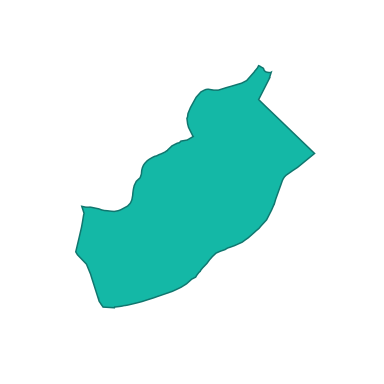 the district of Lower Fuladu West, Central River, Gambia, rotated 297°
{"feature_id": "56634734B90495316975710", "entity_name": "Lower Fuladu West", "entity_type": "district", "adm_level": 2, "iso_a3": "GMB", "parent_name": "Gambia", "parent_adm1": "Central River", "projection": "robinson", "projection_center": [-14.908, 13.525], "detail": "fine", "context": "isolated", "style": "filled", "palette": "teal", "viewbox_px": 384, "rotation_deg": 297, "n_neighbors": 0, "source": "geoboundaries", "source_scale": "gbopen_adm2", "svg_char_len": 2630}
<svg xmlns="http://www.w3.org/2000/svg" viewBox="0 0 384 384"><g transform="rotate(297 192 192)"><path d="M290.9,159.7L289.7,157.9L288.3,156.7L285.2,154.5L278.3,152.7L272.7,152.5L266.6,152.3L260.1,152.8L256.7,154.0L255.4,154.0L250.8,157.1L248.0,159.6L242.3,167.3L242.0,167.9L236.1,164.1L232.3,159.0L231.3,158.7L230.2,158.4L228.8,156.7L224.2,153.3L218.6,151.3L217.6,151.2L217.2,150.7L215.5,149.9L215.1,149.6L212.1,147.3L210.4,145.7L207.9,143.9L207.1,142.8L205.6,141.6L204.9,141.1L202.0,139.2L199.5,137.9L196.0,136.9L194.5,136.7L193.9,136.6L191.0,136.8L188.4,137.4L185.9,138.4L185.5,138.6L184.8,138.8L181.2,139.3L180.8,139.2L179.0,138.5L176.2,137.5L171.5,137.6L171.2,137.7L169.0,138.2L167.0,138.8L164.2,139.8L162.0,140.7L158.0,141.9L156.3,142.1L155.3,142.1L153.7,142.1L152.9,141.8L150.2,141.0L143.7,136.5L141.8,134.7L139.4,131.6L138.5,129.5L137.8,127.7L136.8,124.9L135.7,122.3L135.0,119.5L134.7,116.7L133.6,112.7L132.9,110.1L132.4,108.4L131.0,105.8L130.2,104.1L129.2,100.3L124.0,105.5L122.2,105.9L114.7,108.3L110.3,109.6L101.5,111.8L87.9,115.1L85.9,115.6L84.1,118.4L82.9,121.8L79.8,130.7L78.8,131.9L75.1,136.2L72.7,139.0L71.1,140.5L63.0,148.5L62.3,149.2L54.3,157.1L54.5,157.2L53.7,157.7L52.4,159.0L51.1,161.4L50.9,161.6L49.8,163.7L49.4,164.5L49.1,164.9L49.1,165.0L53.6,175.4L54.3,175.2L56.1,177.9L57.5,180.0L59.0,182.0L59.7,182.7L60.6,184.1L62.1,186.1L68.4,193.5L71.8,197.3L75.2,200.7L80.2,205.8L83.4,208.8L84.1,209.5L94.7,219.7L98.0,222.3L102.2,225.5L107.7,228.8L114.2,231.3L117.8,233.9L119.8,234.0L121.6,234.3L123.6,234.7L125.0,235.3L126.4,235.3L129.2,235.9L135.1,237.7L139.5,238.4L143.8,239.5L148.5,241.2L151.1,243.3L152.5,244.5L155.7,247.6L158.2,249.1L160.1,251.0L163.5,254.2L170.1,259.5L173.9,261.4L176.7,262.9L184.6,266.0L186.0,266.5L190.0,268.2L192.7,268.8L193.9,269.1L201.1,271.1L202.9,271.1L212.0,271.1L218.5,270.7L218.5,270.8L219.0,270.7L223.8,269.8L239.6,267.8L243.3,267.3L244.5,267.3L245.5,267.3L247.3,267.5L249.6,268.2L257.0,272.1L261.9,274.9L282.0,283.7L287.7,264.9L291.1,253.7L297.6,232.3L301.7,218.7L304.6,209.4L328.9,209.4L328.8,209.2L331.8,208.7L334.7,208.2L334.4,208.0L334.1,207.7L333.9,207.4L333.4,206.3L333.3,206.2L333.1,205.3L333.0,205.2L332.8,204.4L332.6,203.9L332.7,202.2L332.9,201.7L333.1,201.3L333.1,201.1L333.3,200.9L333.4,200.7L333.6,200.6L333.8,200.3L334.3,199.9L334.5,199.6L334.7,198.9L334.8,198.5L334.7,198.2L334.7,197.5L334.9,195.7L334.9,194.9L334.8,194.0L332.3,194.0L329.2,193.3L328.1,193.0L327.3,193.0L316.1,190.1L312.6,187.6L311.5,186.8L302.8,177.6L300.1,174.7L299.0,173.6L298.9,173.5L294.6,169.1L293.3,166.4L292.7,165.3L290.9,159.7Z" fill="#14b8a6" stroke="#0f766e" stroke-width="1.5"/></g></svg>